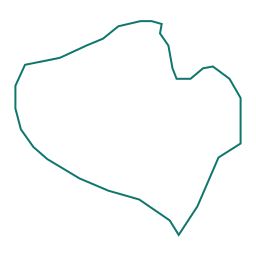 outline of Kičevo
{"feature_id": "MKD-2954", "entity_name": "Kičevo", "entity_type": "Statistical Region", "adm_level": 1, "iso_a3": "MKD", "parent_name": "North Macedonia", "parent_adm1": "", "projection": "natural_earth1", "projection_center": [20.955, 41.51], "detail": "fine", "context": "isolated", "style": "outline", "palette": "teal", "viewbox_px": 256, "rotation_deg": 0, "n_neighbors": 0, "source": "natural_earth", "source_scale": "10m", "svg_char_len": 493}
<svg xmlns="http://www.w3.org/2000/svg" viewBox="0 0 256 256"><path d="M161.7,24.0L160.0,33.4L168.4,45.6L172.5,68.3L176.6,78.8L190.5,78.8L203.0,68.3L212.9,66.5L229.5,78.8L240.6,98.0L240.6,119.0L240.6,143.5L218.5,157.5L197.4,206.4L178.7,234.9L169.7,220.4L139.2,199.5L108.4,190.7L79.4,178.4L47.4,159.2L33.4,147.0L20.9,129.4L15.4,108.5L15.4,98.9L15.4,85.8L25.0,64.8L59.9,57.8L86.3,45.6L103.1,38.6L118.3,26.3L140.5,21.1L151.6,21.1L161.7,24.0Z" fill="none" stroke="#0f766e" stroke-width="2"/></svg>